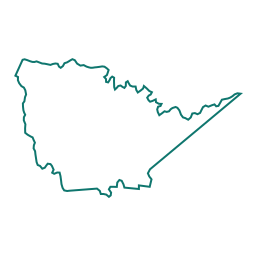 outline of Rio das Antas, Santa Catarina, Brazil
{"feature_id": "56859067B48029334422149", "entity_name": "Rio das Antas", "entity_type": "district", "adm_level": 2, "iso_a3": "BRA", "parent_name": "Brazil", "parent_adm1": "Santa Catarina", "projection": "equal_earth", "projection_center": [-51.055, -26.911], "detail": "fine", "context": "isolated", "style": "outline", "palette": "teal", "viewbox_px": 256, "rotation_deg": 0, "n_neighbors": 0, "source": "geoboundaries", "source_scale": "gbopen_adm2", "svg_char_len": 2321}
<svg xmlns="http://www.w3.org/2000/svg" viewBox="0 0 256 256"><path d="M15.4,75.7L18.0,77.0L17.9,80.2L19.2,83.2L21.4,86.1L23.9,87.6L25.3,90.3L26.1,94.5L25.0,97.2L24.4,101.3L22.9,103.4L23.0,106.6L23.4,110.2L24.1,112.5L25.2,114.8L23.9,117.2L23.8,120.3L25.4,124.3L25.1,128.3L25.2,132.8L27.6,134.7L30.7,136.5L32.6,137.4L33.6,139.9L34.9,142.7L33.9,145.2L33.6,148.4L35.1,151.2L35.4,154.1L36.0,158.1L36.6,162.1L37.7,165.0L40.0,165.9L42.3,168.7L44.8,167.7L46.1,165.8L47.7,163.7L50.5,164.1L51.9,165.9L53.6,169.7L52.2,172.7L54.2,173.8L57.2,172.5L59.6,172.6L60.5,176.2L61.1,180.7L61.5,184.2L62.6,187.9L64.2,190.4L67.1,191.0L69.8,190.7L97.0,188.6L99.8,190.9L100.8,194.0L103.5,194.0L106.3,194.6L108.9,196.8L110.7,195.4L111.1,192.6L108.9,189.3L110.4,186.8L113.4,186.8L116.8,186.9L117.3,182.5L119.4,180.0L121.7,180.8L123.5,184.4L124.4,187.6L138.9,189.0L138.9,185.4L149.7,186.8L151.5,179.3L149.3,176.5L147.9,173.3L150.0,169.3L240.6,93.7L237.4,93.3L234.6,94.4L232.5,96.2L230.2,97.6L227.9,98.5L225.1,99.0L221.9,99.7L219.9,103.3L218.4,105.9L216.2,106.3L214.5,104.4L212.0,105.2L208.4,106.7L205.6,105.5L203.0,107.1L201.4,110.2L200.1,112.9L197.5,114.2L194.9,113.1L192.3,113.5L190.8,117.4L188.2,119.7L185.3,118.1L183.0,117.4L181.0,114.7L179.4,110.4L177.4,107.8L175.6,107.0L172.5,108.0L170.7,109.2L169.0,111.3L166.7,111.9L164.5,111.3L161.7,113.5L159.3,115.2L157.8,112.1L157.2,109.4L158.1,106.7L160.5,106.0L161.5,103.9L158.9,103.8L156.0,102.2L155.7,99.4L152.6,100.9L150.1,101.7L148.6,100.3L147.2,97.7L148.7,95.6L150.7,94.5L151.9,92.2L149.3,91.0L146.7,88.4L143.9,86.0L143.1,88.5L140.8,90.4L137.8,92.5L136.3,90.0L135.6,86.5L132.5,86.5L130.2,85.6L128.8,83.4L127.7,81.2L125.9,82.4L125.8,86.0L124.4,87.9L122.5,86.9L120.6,85.5L118.3,86.0L116.7,87.9L115.0,89.5L114.2,87.1L114.1,84.1L114.0,80.9L114.1,77.7L112.2,76.6L110.5,78.1L109.5,80.3L108.1,82.4L106.1,81.9L106.0,79.0L104.2,77.0L106.9,75.1L107.7,72.8L108.6,70.0L106.9,68.4L104.5,66.7L102.2,66.4L99.8,66.8L96.8,67.2L94.7,67.4L92.9,67.7L90.9,67.8L89.0,67.4L86.5,66.6L83.7,65.1L80.4,65.6L77.1,63.6L74.8,60.2L72.4,59.2L70.6,60.2L68.7,61.4L67.0,62.4L64.5,63.2L62.9,66.1L60.7,67.8L59.0,66.6L57.7,63.8L55.4,63.5L52.8,64.0L50.5,64.9L47.7,64.3L44.7,63.7L42.1,63.5L40.0,62.7L36.6,61.4L34.3,62.0L32.3,61.9L30.0,61.2L27.2,60.1L24.6,59.3L22.6,59.8L15.4,75.7Z" fill="none" stroke="#0f766e" stroke-width="2"/></svg>